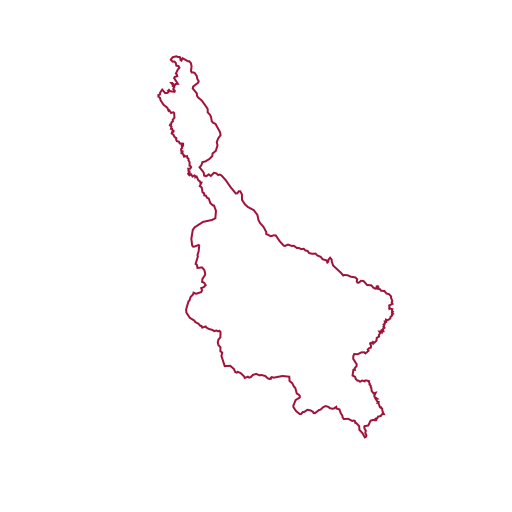 Montecristo, Bolívar, Colombia (Albers equal-area conic projection), rotated 146°
{"feature_id": "7082276B84262983016086", "entity_name": "Montecristo", "entity_type": "district", "adm_level": 2, "iso_a3": "COL", "parent_name": "Colombia", "parent_adm1": "Bolívar", "projection": "albers", "projection_center": [-74.489, 7.93], "detail": "fine", "context": "isolated", "style": "outline", "palette": "rose", "viewbox_px": 512, "rotation_deg": 146, "n_neighbors": 0, "source": "geoboundaries", "source_scale": "gbopen_adm2", "svg_char_len": 6083}
<svg xmlns="http://www.w3.org/2000/svg" viewBox="0 0 512 512"><g transform="rotate(146 256 256)"><path d="M235.4,70.0L236.5,72.7L236.1,74.0L233.3,75.7L235.4,76.3L235.6,79.4L234.1,82.3L234.3,83.1L233.4,84.2L233.8,85.9L233.1,86.4L232.9,88.7L232.3,89.1L234.3,91.3L236.0,92.0L236.2,91.6L237.7,93.4L240.1,93.6L240.7,95.3L241.6,96.0L242.1,98.2L241.4,100.5L242.8,102.9L239.0,107.1L237.7,106.3L237.2,107.7L234.2,108.5L233.1,109.9L232.9,116.4L231.2,118.7L229.4,119.8L226.7,117.7L222.6,117.2L220.1,115.6L219.8,114.1L215.7,114.5L215.6,116.0L213.5,116.3L212.1,115.8L210.7,117.4L210.5,119.4L209.8,119.9L208.7,119.5L208.1,118.0L207.0,119.2L206.3,117.9L203.4,118.5L201.7,120.6L199.0,120.4L198.4,121.7L196.0,122.8L196.0,124.3L194.9,123.4L194.5,122.0L193.4,122.7L192.4,122.3L192.2,123.3L193.0,124.3L189.7,124.6L190.0,126.0L188.8,126.4L188.5,127.9L187.0,127.8L185.9,129.7L184.9,128.6L183.8,130.5L183.0,129.3L180.9,129.0L179.3,129.3L178.6,130.3L176.3,130.6L175.7,131.9L174.7,131.6L174.8,133.0L173.7,133.3L174.1,134.3L172.7,135.6L174.4,137.6L175.0,137.6L174.8,138.3L174.0,138.7L173.3,140.5L169.6,140.0L169.5,141.6L168.2,142.4L167.4,145.9L166.6,147.0L167.1,150.0L168.8,152.0L169.1,155.2L171.7,157.2L171.8,159.2L173.4,160.7L171.9,161.7L171.9,162.9L173.0,163.3L174.4,162.0L175.4,162.2L176.4,164.1L176.8,167.2L180.1,169.8L180.8,175.0L182.7,176.7L185.8,176.4L186.8,177.2L186.7,178.6L185.1,180.1L185.6,182.7L189.0,185.8L190.8,188.8L193.7,191.1L194.6,191.1L195.0,194.8L197.4,205.0L196.1,209.6L195.3,210.5L195.5,213.1L197.8,212.5L199.4,210.8L200.5,210.7L200.0,212.9L202.6,216.1L202.8,219.1L204.8,222.1L205.3,224.7L208.0,226.3L210.3,228.6L210.4,231.4L212.0,233.0L212.4,235.3L214.7,236.4L216.0,238.8L217.6,239.7L218.9,243.3L220.8,244.4L223.1,247.6L226.3,248.1L227.2,249.0L228.1,255.0L228.1,262.0L229.5,263.1L232.7,264.2L235.2,268.5L234.1,270.1L233.5,275.8L234.2,281.1L233.9,284.3L231.9,289.2L232.2,295.2L235.3,301.1L236.3,305.1L236.2,310.4L233.2,315.0L232.9,318.5L234.2,319.3L236.3,318.4L237.8,319.1L238.6,327.8L238.7,335.8L239.5,341.7L240.5,343.8L242.1,344.3L242.7,346.7L244.3,348.5L248.7,347.6L249.5,350.1L252.6,350.0L254.0,351.6L252.7,354.6L253.2,361.1L250.7,361.7L247.9,363.8L245.1,362.7L240.1,362.5L236.2,363.4L234.7,365.3L230.6,365.6L226.0,369.3L224.9,372.3L221.7,374.6L217.8,376.0L216.6,378.7L215.7,388.2L217.1,390.6L217.3,392.5L215.5,396.5L215.2,398.9L215.7,402.1L214.0,404.6L213.8,406.1L214.0,415.1L215.4,420.0L215.3,421.9L214.1,423.9L214.8,430.3L213.4,431.6L207.1,432.0L205.8,432.9L205.6,435.8L204.5,438.3L204.5,442.0L205.4,443.4L206.6,444.0L206.6,445.5L203.2,449.5L202.1,452.5L202.5,454.9L203.4,455.3L206.3,461.0L208.6,459.7L209.0,460.8L207.8,463.1L208.2,463.8L209.7,464.8L210.3,466.1L214.1,467.4L216.9,466.4L216.5,463.8L214.8,462.7L214.6,460.9L215.6,458.3L214.0,456.8L214.2,454.9L216.5,454.3L220.3,452.1L220.2,450.6L220.8,449.1L223.1,449.9L224.4,449.3L224.5,442.4L226.4,443.5L228.1,442.8L228.7,446.3L229.5,446.8L229.2,444.5L230.0,443.6L229.4,441.6L231.2,440.7L231.0,438.2L231.8,437.7L235.2,440.8L235.3,442.4L236.4,442.2L236.1,441.3L236.6,441.0L238.1,440.7L240.2,441.9L240.7,446.4L244.0,445.1L245.4,443.6L247.0,444.0L247.8,442.7L247.2,440.7L248.0,438.6L248.1,433.1L246.6,428.4L247.3,425.3L246.4,425.4L246.4,422.1L244.2,421.4L243.9,420.3L246.2,416.3L248.9,415.5L249.6,414.1L251.3,414.1L252.7,412.6L253.5,413.0L254.3,412.5L253.7,410.6L255.3,409.0L254.5,408.4L254.9,407.1L254.3,405.9L255.1,405.1L256.1,405.7L257.4,404.7L256.6,402.5L257.0,400.2L256.1,398.3L257.1,397.3L257.4,395.5L256.0,393.9L256.3,392.0L255.2,391.1L255.5,389.9L254.2,390.4L253.6,389.9L254.7,388.2L256.4,388.0L256.8,386.9L258.2,386.6L259.2,385.1L258.3,383.8L259.0,383.0L260.2,383.0L259.5,381.2L260.0,378.9L259.2,379.0L259.3,378.2L257.3,377.3L258.0,375.7L257.5,374.4L258.5,373.1L258.6,370.9L260.6,368.1L260.1,367.5L260.1,365.9L261.7,365.2L263.3,366.3L264.5,364.0L263.8,363.4L264.8,361.4L265.8,361.6L265.5,362.4L266.3,362.2L266.1,360.1L264.1,359.9L264.2,357.4L261.9,357.2L261.7,355.9L262.2,355.2L260.8,355.1L261.5,350.9L260.6,349.0L261.2,347.8L260.3,347.3L263.5,345.4L262.7,343.2L264.7,338.7L263.9,336.9L265.0,335.2L263.7,333.9L264.1,332.0L263.0,329.9L264.3,325.5L263.4,321.9L262.6,321.4L263.9,315.9L268.6,310.0L272.4,310.5L280.8,313.9L290.8,314.1L293.8,313.0L300.0,306.4L303.0,300.5L303.0,299.1L302.3,298.4L297.4,297.2L297.3,296.3L301.0,291.9L304.0,289.5L304.4,288.2L310.5,283.2L310.0,281.6L311.2,278.8L307.1,276.7L306.7,273.2L308.0,269.7L309.2,268.6L313.2,267.0L315.2,264.6L314.0,262.9L314.0,260.0L316.6,259.4L319.4,260.0L319.9,257.7L321.7,256.7L326.8,258.2L328.3,260.5L329.4,259.4L333.1,258.6L336.3,256.2L337.4,256.1L343.9,250.7L345.4,247.9L345.4,241.7L343.2,236.9L343.3,235.3L341.6,232.0L341.2,229.2L340.3,228.6L340.6,226.7L337.1,225.7L337.2,224.6L336.0,222.1L333.3,218.8L332.7,217.0L330.6,216.5L329.6,214.7L328.2,214.5L327.9,212.9L330.9,208.6L334.1,207.6L336.1,205.6L337.0,203.0L336.5,200.3L338.8,196.9L338.0,194.8L340.6,192.4L343.5,182.2L338.8,179.4L337.5,174.6L338.1,171.5L337.1,170.0L335.9,170.2L334.2,167.5L333.2,162.9L333.5,161.2L330.2,160.5L329.7,159.0L328.1,158.5L325.1,159.2L321.8,158.1L319.6,154.9L318.1,154.4L315.4,151.3L314.7,148.1L313.6,146.5L312.4,145.9L311.8,146.8L310.6,146.8L309.5,145.3L301.1,141.7L295.9,137.3L298.1,133.6L297.1,130.3L297.6,126.4L297.2,124.7L299.1,119.2L298.1,117.2L297.9,115.5L298.9,114.2L303.7,114.4L308.8,111.0L309.5,109.6L309.5,105.1L308.1,100.5L306.9,99.8L304.6,100.5L303.1,99.7L299.4,99.8L297.1,97.5L295.8,94.7L296.1,93.6L295.0,92.7L289.9,93.1L288.3,92.5L284.9,93.1L282.1,92.6L280.1,90.0L280.0,88.7L277.9,86.5L276.7,86.0L273.9,86.1L274.5,84.5L272.6,82.2L273.5,79.1L273.8,74.9L274.5,73.8L274.4,71.7L270.6,69.5L268.4,65.4L267.0,65.0L266.3,63.9L267.0,62.2L266.3,61.5L265.6,57.3L267.5,54.0L266.8,49.7L267.2,44.8L265.9,44.6L264.7,45.6L264.4,48.2L262.6,49.8L262.6,52.0L261.8,53.9L261.1,54.2L257.7,52.7L253.1,55.4L250.7,54.7L248.5,52.7L247.8,52.8L247.8,54.2L245.9,53.8L244.6,54.6L242.1,53.6L239.6,54.4L238.4,53.4L238.0,56.4L236.7,59.0L237.3,59.9L237.0,60.7L237.8,61.3L236.8,65.4L236.1,66.2L236.8,66.4L236.2,66.7L236.8,67.5L236.7,70.6L235.4,70.0Z" fill="none" stroke="#9f1239" stroke-width="2"/></g></svg>